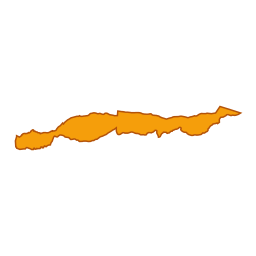 Goicoechea, San José, Costa Rica (orthographic projection)
{"feature_id": "36466004B79132997728490", "entity_name": "Goicoechea", "entity_type": "district", "adm_level": 2, "iso_a3": "CRI", "parent_name": "Costa Rica", "parent_adm1": "San José", "projection": "orthographic", "projection_center": [-83.99, 9.957], "detail": "fine", "context": "isolated", "style": "filled", "palette": "amber", "viewbox_px": 256, "rotation_deg": 0, "n_neighbors": 0, "source": "geoboundaries", "source_scale": "gbopen_adm2", "svg_char_len": 5792}
<svg xmlns="http://www.w3.org/2000/svg" viewBox="0 0 256 256"><path d="M79.4,115.7L78.8,116.3L76.8,116.3L70.9,117.9L70.3,118.4L69.8,118.6L69.3,119.0L67.6,119.9L64.4,122.6L63.5,124.0L62.8,123.5L62.6,123.1L60.2,125.8L59.4,126.2L58.2,127.1L56.7,129.0L56.4,129.7L56.1,130.2L54.6,130.9L53.6,131.0L52.5,130.7L52.4,130.7L52.4,131.0L52.3,131.3L51.2,131.2L50.8,131.4L50.4,131.7L50.1,132.0L49.6,132.1L48.8,132.6L48.2,132.6L47.6,132.8L46.6,132.8L46.2,132.7L45.6,132.6L43.8,132.6L43.2,132.7L42.1,133.2L41.1,133.2L40.9,133.3L40.8,133.6L40.5,133.7L40.1,133.6L39.8,132.9L37.6,132.6L37.4,132.4L37.3,132.1L35.1,131.6L35.0,131.4L34.9,131.1L33.8,131.1L33.7,130.3L33.1,129.8L32.9,129.8L32.3,130.0L31.6,130.7L30.8,131.2L30.6,131.8L29.9,132.4L29.5,132.7L29.0,132.9L28.7,132.9L28.4,132.6L27.4,133.4L26.2,133.5L25.8,133.7L25.0,133.4L23.2,133.7L21.7,134.9L21.8,135.3L19.5,137.1L16.6,135.7L16.6,136.7L15.4,140.9L15.8,146.9L16.4,147.2L16.7,148.2L19.8,149.4L23.9,148.9L25.3,148.9L26.4,147.6L27.1,147.6L28.7,148.2L30.2,148.7L31.6,149.5L33.3,149.5L33.9,148.3L34.5,148.3L35.0,149.2L35.9,149.1L36.3,149.0L36.5,148.8L36.8,148.4L37.0,148.4L37.3,148.7L37.7,148.8L38.3,148.6L39.8,148.6L40.1,148.5L40.5,147.7L40.9,147.7L40.9,147.1L41.2,147.0L41.9,147.0L42.4,147.3L42.6,147.8L43.5,147.7L43.9,146.7L44.4,146.0L44.9,146.0L45.3,146.5L46.1,146.7L46.5,146.5L46.9,146.0L47.5,145.6L48.1,145.3L48.6,145.1L50.4,144.9L50.5,144.3L50.7,143.7L50.9,143.3L51.0,142.9L51.4,142.2L51.8,141.8L52.4,140.8L52.7,139.4L53.0,139.0L53.3,138.0L53.7,137.1L54.4,136.2L55.2,136.3L56.1,136.8L57.4,136.9L57.9,136.6L58.1,136.3L58.4,136.0L59.4,135.3L59.8,135.1L60.7,135.0L61.0,135.0L63.1,135.5L63.7,135.8L64.5,136.4L64.8,136.8L65.1,137.0L66.2,137.2L67.5,137.4L68.0,137.4L68.7,137.6L69.2,138.0L69.3,138.0L69.7,138.4L70.0,138.9L70.8,139.5L72.0,139.4L72.4,139.3L73.2,139.2L73.6,139.0L74.8,139.0L75.6,139.4L76.5,140.1L77.6,140.1L78.4,140.4L78.8,140.8L78.8,141.0L79.2,141.3L79.7,141.5L81.7,141.4L82.2,141.4L83.6,141.1L86.1,141.1L88.3,141.5L90.4,141.4L91.0,141.2L91.5,140.9L92.0,140.7L92.4,140.6L93.8,140.5L94.0,140.4L94.7,139.8L95.6,139.4L97.1,139.2L100.1,136.9L101.2,136.5L101.7,136.4L102.8,136.0L104.6,135.1L106.0,134.6L106.9,133.9L107.4,133.6L107.9,133.1L108.5,132.7L109.3,132.3L112.0,130.6L112.4,130.2L114.0,129.5L116.3,127.8L116.3,129.7L116.4,131.4L117.3,133.7L117.9,134.3L118.2,134.5L119.6,134.5L120.2,134.3L120.5,134.1L121.5,133.5L122.1,133.1L122.7,132.7L124.0,132.7L124.8,133.1L127.9,133.1L128.9,132.8L130.9,132.1L131.9,132.0L132.7,132.2L133.6,132.5L135.3,133.3L136.7,133.5L137.7,133.5L138.8,133.8L139.6,134.1L140.2,134.6L140.8,134.8L142.3,134.8L142.6,134.7L143.6,134.7L144.4,134.9L145.1,135.0L146.4,134.7L146.6,134.3L146.6,134.0L147.1,133.4L147.3,133.2L148.1,132.9L148.4,132.6L149.7,132.6L151.4,132.8L151.6,132.6L153.1,132.1L153.5,131.7L154.6,130.9L155.1,130.3L155.6,130.3L156.6,130.5L156.8,130.8L156.8,133.0L157.2,133.9L157.7,134.7L158.5,136.8L158.5,137.2L159.5,137.0L160.0,136.7L160.3,136.3L161.1,134.7L161.6,133.8L163.0,132.8L163.4,132.2L166.1,132.3L166.3,132.4L166.5,132.8L167.1,133.3L167.6,133.3L167.9,133.0L168.9,133.0L169.2,132.9L169.5,132.6L169.9,132.1L170.4,131.9L170.6,131.6L170.9,131.3L172.2,131.2L172.5,130.5L174.0,130.0L174.5,129.7L175.4,129.3L176.5,129.2L177.6,128.8L178.3,128.4L178.7,127.9L179.3,127.5L179.9,127.3L180.6,127.5L181.1,128.1L181.1,128.4L180.8,129.1L180.8,129.5L181.1,130.0L181.1,130.3L181.4,130.6L182.5,131.4L183.6,132.0L184.8,132.3L185.9,132.3L186.5,132.6L186.9,133.1L187.0,133.3L187.2,133.6L187.9,134.0L188.4,134.4L189.1,134.7L189.8,134.9L190.2,135.0L191.3,135.4L192.9,135.4L193.5,135.2L193.9,135.0L194.5,134.9L195.6,134.9L196.7,135.1L198.3,135.0L199.2,134.8L200.5,134.6L201.2,134.4L203.0,132.8L203.4,133.0L203.7,133.1L204.1,133.1L204.6,132.9L205.0,132.7L205.7,132.2L206.1,131.8L206.4,131.7L206.7,131.7L207.2,131.4L207.7,130.8L208.0,130.3L208.0,129.2L208.1,128.9L209.0,128.1L209.3,127.5L210.4,126.0L212.4,124.8L212.9,124.1L213.2,123.9L213.8,123.9L214.6,123.6L215.4,123.6L217.0,123.0L217.6,123.6L219.4,122.3L219.3,119.6L219.9,118.4L220.8,117.3L223.2,117.1L226.0,115.6L226.6,114.8L228.0,114.6L231.0,115.6L232.6,115.1L234.6,115.4L235.9,115.2L238.3,114.4L240.6,113.0L230.3,109.7L220.0,106.5L215.6,113.0L211.4,113.7L207.0,113.2L205.8,113.6L203.2,113.6L201.3,113.5L199.6,114.1L199.0,114.4L197.5,115.4L196.7,115.9L196.1,116.0L195.5,116.0L194.9,115.9L194.3,115.8L194.1,116.0L193.3,116.2L192.1,116.6L190.3,116.9L188.5,117.6L187.3,117.6L186.0,117.1L184.1,116.7L183.6,116.6L181.4,116.2L180.4,116.2L178.3,116.6L174.6,116.7L173.1,116.9L172.8,117.0L172.5,117.3L172.0,117.5L171.5,117.6L169.7,118.1L169.4,118.1L166.4,119.1L164.6,118.5L161.8,117.7L160.8,117.2L160.5,117.2L160.3,117.0L159.6,116.7L159.4,116.4L158.2,115.9L157.9,115.9L156.0,115.4L154.5,115.4L154.4,115.3L153.7,115.3L152.4,115.0L151.0,113.8L149.6,113.9L149.1,114.1L148.6,114.1L148.0,114.2L146.2,114.2L144.8,114.1L144.2,114.1L143.4,113.9L142.9,113.9L142.3,113.7L142.2,113.6L141.8,113.5L141.6,113.3L141.2,113.3L141.0,113.1L140.5,112.9L140.2,112.9L139.6,112.7L138.8,112.7L138.6,112.6L135.8,112.6L134.8,112.7L132.5,112.7L132.2,112.7L131.2,112.7L130.4,112.5L128.2,112.3L127.9,112.2L126.4,112.2L126.1,112.2L125.4,112.2L124.3,111.9L123.8,111.9L123.2,111.7L122.6,111.7L122.2,111.6L121.5,111.6L118.9,111.2L118.5,111.2L118.0,111.0L117.8,111.0L117.4,115.6L114.6,115.7L114.0,115.5L112.7,115.2L109.7,114.7L109.4,114.5L108.7,114.2L107.6,113.5L106.7,113.2L105.4,113.2L105.0,113.3L104.4,113.9L103.7,114.3L102.7,114.3L101.2,113.9L100.7,113.6L100.0,113.4L99.4,113.4L99.0,113.6L98.3,113.7L97.5,113.7L96.8,113.5L96.6,113.3L95.4,113.1L95.1,112.9L93.1,112.9L92.1,113.3L90.8,113.4L90.0,113.8L89.5,114.4L88.8,115.0L88.2,115.4L87.8,115.6L86.2,115.8L85.5,115.9L85.2,116.0L84.7,116.0L83.5,116.1L82.9,116.3L81.1,116.4L80.6,116.3L80.2,116.1L79.4,115.7Z" fill="#f59e0b" stroke="#b45309" stroke-width="1.5"/></svg>